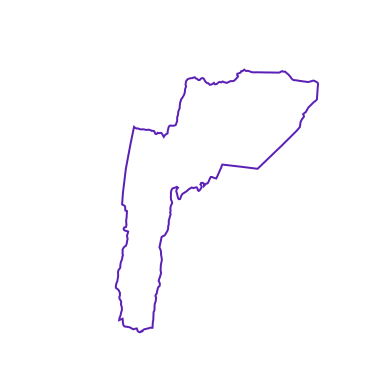 Andaraí, Bahia, Brazil, rotated 23°
{"feature_id": "56859067B10636058932949", "entity_name": "Andaraí", "entity_type": "district", "adm_level": 2, "iso_a3": "BRA", "parent_name": "Brazil", "parent_adm1": "Bahia", "projection": "equal_earth", "projection_center": [-41.223, -12.794], "detail": "fine", "context": "isolated", "style": "outline", "palette": "violet", "viewbox_px": 384, "rotation_deg": 23, "n_neighbors": 0, "source": "geoboundaries", "source_scale": "gbopen_adm2", "svg_char_len": 5323}
<svg xmlns="http://www.w3.org/2000/svg" viewBox="0 0 384 384"><g transform="rotate(23 192 192)"><path d="M265.8,43.3L265.0,42.3L262.9,42.0L261.5,41.9L260.2,42.0L259.2,42.8L257.8,44.0L256.5,45.0L255.1,45.7L253.6,46.0L252.6,46.3L251.6,46.6L250.2,47.0L248.8,47.3L247.8,47.6L246.8,47.9L245.8,48.1L244.5,48.4L243.0,48.9L241.5,49.3L240.1,49.0L238.7,48.3L237.5,47.5L235.9,46.7L234.1,45.9L232.3,45.5L230.8,44.8L229.7,45.3L228.8,45.6L227.8,45.5L227.0,46.3L226.2,47.5L225.2,48.2L224.1,48.7L222.6,49.3L221.2,49.8L218.9,50.8L217.6,51.3L216.2,51.9L214.6,52.5L213.6,53.0L211.2,53.9L210.0,54.4L208.5,55.0L206.9,55.7L205.6,56.2L204.6,56.6L203.5,57.1L201.8,57.8L200.8,58.2L199.8,58.4L198.3,58.4L196.8,58.5L195.6,58.8L194.6,59.5L193.4,59.3L192.2,59.0L191.2,61.1L190.1,61.5L190.0,63.2L188.7,64.5L187.5,65.4L187.9,66.8L189.2,67.4L189.1,68.7L188.5,69.9L187.9,71.8L187.2,73.2L186.1,74.1L184.1,74.9L182.7,76.5L181.8,77.7L180.9,78.1L179.7,78.2L178.3,78.4L177.0,78.3L176.0,79.7L174.5,79.8L173.5,80.9L172.5,83.0L171.0,83.9L169.5,83.0L168.6,84.6L167.5,85.8L166.3,86.4L164.8,85.5L163.4,85.9L162.4,85.5L161.4,85.3L160.0,84.3L158.9,83.3L157.3,82.9L156.0,84.0L155.3,85.9L154.1,86.4L152.6,85.9L150.8,85.9L149.7,85.3L148.5,86.2L147.7,87.1L146.7,87.6L145.7,88.2L144.9,88.9L143.8,90.1L143.3,92.1L143.6,93.9L144.2,95.9L145.3,97.0L145.4,99.6L145.8,101.1L146.3,102.5L146.5,103.7L146.7,105.1L146.6,106.8L146.4,108.1L146.2,109.5L145.8,111.0L146.1,112.5L146.1,114.1L146.7,116.1L147.1,117.8L147.9,119.6L147.9,121.2L147.9,122.9L148.4,124.8L149.0,126.5L149.1,128.8L149.9,130.8L150.7,132.8L150.7,134.7L150.9,136.4L150.0,137.7L148.0,138.7L146.2,139.2L145.3,140.3L145.2,141.9L145.6,143.9L145.9,145.7L146.6,147.6L145.5,149.1L144.9,150.2L144.5,152.3L142.3,150.6L141.4,149.9L140.3,149.7L139.2,150.4L138.2,150.9L137.3,150.9L136.7,152.5L135.5,152.7L134.7,152.0L133.5,150.8L132.2,150.9L131.1,151.5L130.0,151.3L129.0,151.3L127.5,151.7L125.5,152.8L123.9,153.0L122.9,153.3L121.9,153.6L120.5,154.4L118.9,154.6L117.2,154.6L116.3,155.2L114.8,155.2L113.2,154.7L116.6,171.7L122.0,196.3L128.7,219.6L132.5,230.7L133.9,230.9L135.2,231.0L136.3,231.8L137.2,233.8L138.0,235.1L139.5,234.9L140.4,237.0L141.0,239.0L141.7,240.8L142.2,242.6L142.5,244.1L143.2,245.2L143.7,246.4L144.5,247.8L144.9,250.1L143.5,251.1L143.4,252.5L144.3,253.5L145.2,253.7L146.4,253.6L147.6,253.4L148.7,253.4L149.0,255.0L149.1,256.4L149.2,257.7L150.4,259.3L151.2,260.8L151.3,262.1L151.8,263.9L152.1,265.6L152.2,267.2L151.2,268.8L150.7,270.6L150.6,272.2L151.4,273.7L152.1,275.9L153.1,277.0L153.3,279.1L153.8,280.7L153.9,282.2L153.9,284.0L154.2,285.7L154.7,287.6L155.4,289.1L155.4,290.7L154.8,292.6L155.2,294.5L155.7,295.8L156.3,296.9L157.0,298.6L157.5,300.9L158.1,303.1L158.1,305.9L158.5,307.8L159.0,309.3L159.9,310.2L161.3,310.4L163.0,311.1L164.1,312.2L165.1,313.0L165.5,314.2L166.1,315.3L166.2,317.2L167.2,318.8L168.3,319.4L169.2,320.2L169.9,321.1L170.3,322.7L171.2,324.1L172.4,325.4L173.6,328.0L173.8,330.2L174.0,331.5L174.4,333.2L174.5,334.6L174.5,336.2L175.0,338.4L177.6,335.8L178.5,337.3L179.1,338.7L179.9,339.9L180.9,341.4L182.3,342.1L183.5,341.9L184.6,341.5L186.0,341.3L186.9,341.0L188.0,340.9L189.0,341.0L190.5,341.3L191.9,341.2L193.0,340.1L194.5,339.2L196.1,341.0L197.4,341.6L198.6,341.5L199.5,341.0L199.8,339.6L200.8,339.5L201.0,338.1L201.7,337.0L203.1,336.1L204.1,335.2L205.3,334.5L206.5,333.2L207.6,332.9L208.7,332.4L208.0,330.5L207.4,328.8L206.7,326.7L206.4,325.0L203.6,317.7L203.6,316.3L203.5,315.1L202.9,313.5L202.4,312.2L201.9,311.1L201.4,309.4L201.3,306.9L200.7,304.8L200.1,303.0L198.9,302.0L198.9,300.3L199.2,299.0L198.6,297.2L198.5,295.4L198.1,294.0L198.2,292.6L198.9,291.3L198.4,289.2L197.3,287.9L196.1,286.9L195.8,285.3L195.7,282.6L195.4,280.4L195.1,278.4L194.2,277.2L193.5,276.0L192.8,273.9L192.2,272.3L191.7,270.8L191.3,268.7L190.9,266.6L190.3,265.3L189.2,263.6L188.1,261.9L187.5,260.7L186.9,259.3L185.7,257.6L184.6,256.5L183.7,255.8L181.6,245.3L182.5,244.0L183.5,243.0L184.0,241.8L184.2,240.0L184.5,238.1L184.5,236.1L184.2,234.6L183.5,233.0L183.3,231.1L182.6,229.2L181.8,227.5L181.6,225.7L181.2,222.8L181.1,220.9L180.0,219.7L179.5,217.2L178.6,216.0L178.2,214.4L177.9,212.6L178.1,209.9L176.9,208.3L175.8,207.4L175.2,206.3L174.3,204.5L173.7,202.6L173.0,201.3L172.5,199.5L172.4,197.6L172.7,196.3L173.9,195.3L175.1,194.2L176.0,193.2L177.4,193.5L177.1,194.8L176.9,196.1L177.2,197.4L178.1,198.5L179.1,199.7L180.2,201.3L181.0,202.3L181.9,203.4L182.9,203.7L183.8,203.1L183.7,201.2L183.6,199.4L183.8,198.1L184.3,196.8L185.2,195.8L185.8,194.8L186.9,193.2L187.6,191.5L188.3,190.3L189.1,189.2L189.9,188.0L191.7,187.9L193.3,186.5L194.6,185.9L195.8,186.8L196.7,188.1L197.8,188.4L198.4,187.4L198.8,185.3L199.0,183.5L197.9,182.3L196.8,181.8L196.9,180.1L198.2,179.4L199.7,179.7L200.7,181.7L201.7,178.9L202.9,178.0L203.2,176.8L203.2,175.3L203.2,173.6L203.3,172.1L203.4,170.8L204.5,170.4L206.2,170.4L207.9,170.3L209.0,170.1L209.1,168.2L209.2,166.0L209.2,164.7L209.2,163.4L209.2,161.8L209.3,159.7L209.3,157.9L209.1,156.2L209.2,154.9L226.2,149.9L243.3,145.0L252.6,123.2L256.4,114.4L264.4,94.8L264.8,93.5L265.4,91.7L265.9,90.2L264.6,85.1L264.7,83.3L264.8,81.8L265.3,80.5L265.6,79.0L265.0,77.9L263.9,77.0L264.6,75.4L265.5,74.0L265.7,72.1L265.9,70.4L266.1,68.8L266.6,67.6L267.2,66.1L267.9,64.4L268.6,62.6L269.3,61.2L270.3,59.5L270.8,57.9L267.4,48.2L265.8,43.3Z" fill="none" stroke="#5b21b6" stroke-width="2"/></g></svg>